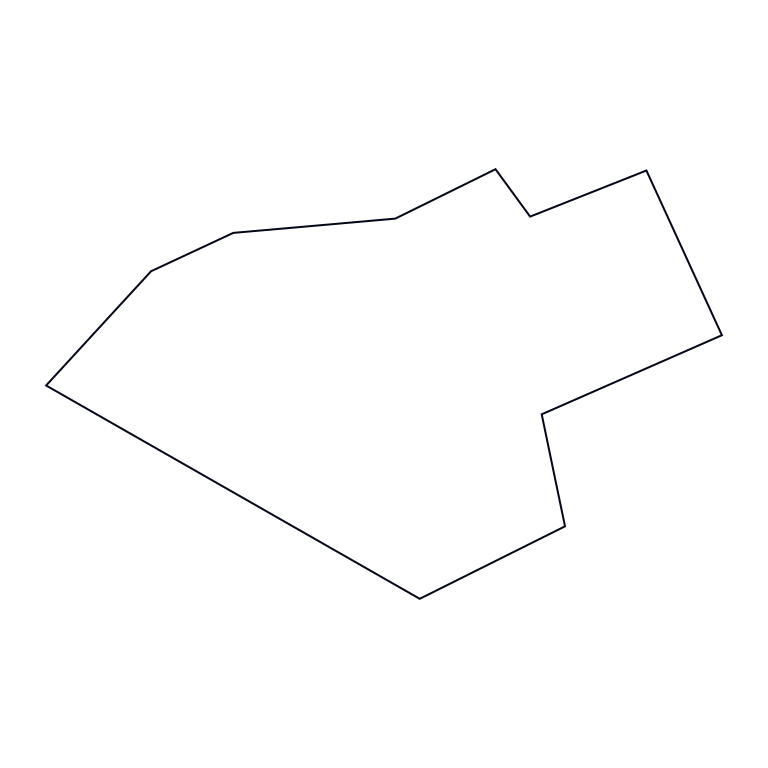 an SVG outline of Bel Ombre
{"feature_id": "SYC-5207", "entity_name": "Bel Ombre", "entity_type": "state/province", "adm_level": 1, "iso_a3": "SYC", "parent_name": "Seychelles", "parent_adm1": "", "projection": "robinson", "projection_center": [55.407, -4.627], "detail": "fine", "context": "isolated", "style": "outline", "palette": "ink", "viewbox_px": 768, "rotation_deg": 0, "n_neighbors": 0, "source": "natural_earth", "source_scale": "10m", "svg_char_len": 269}
<svg xmlns="http://www.w3.org/2000/svg" viewBox="0 0 768 768"><path d="M46.1,385.5L151.1,271.2L233.2,232.9L395.3,218.6L495.5,169.2L530.1,216.6L646.4,170.5L721.9,335.2L541.7,414.3L565.0,526.3L419.7,598.8L46.1,385.5Z" fill="none" stroke="#020617" stroke-width="2"/></svg>